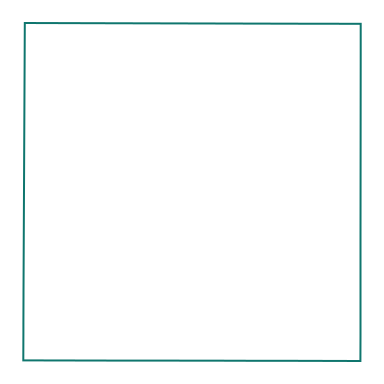 the district of Quemú Quemú, La Pampa, Argentina
{"feature_id": "61730980B51204300351665", "entity_name": "Quemú Quemú", "entity_type": "district", "adm_level": 2, "iso_a3": "ARG", "parent_name": "Argentina", "parent_adm1": "La Pampa", "projection": "natural_earth1", "projection_center": [-63.682, -36.13], "detail": "fine", "context": "isolated", "style": "outline", "palette": "teal", "viewbox_px": 384, "rotation_deg": 0, "n_neighbors": 0, "source": "geoboundaries", "source_scale": "gbopen_adm2", "svg_char_len": 478}
<svg xmlns="http://www.w3.org/2000/svg" viewBox="0 0 384 384"><path d="M23.5,293.1L23.5,296.6L23.4,324.0L23.4,333.2L23.3,360.4L27.2,360.4L122.8,360.6L143.1,360.6L158.0,360.6L223.9,360.7L256.8,360.8L262.9,360.8L286.2,360.8L359.1,361.0L359.6,361.0L360.4,361.0L360.5,335.3L360.5,240.9L360.6,151.5L360.7,55.8L360.7,29.7L360.7,23.8L359.9,23.8L297.7,23.7L91.1,23.2L24.8,23.0L24.6,66.8L24.1,168.8L23.6,271.5L23.5,293.1L23.5,293.1Z" fill="none" stroke="#0f766e" stroke-width="2"/></svg>